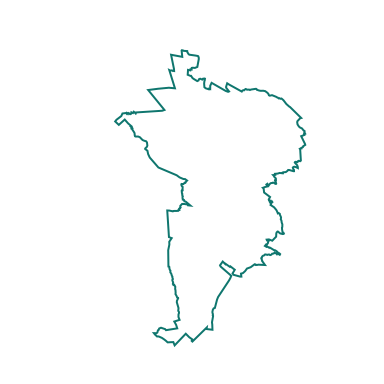 Tulancingo de Bravo, Hidalgo, Mexico, rotated 313°
{"feature_id": "50627088B20237982609440", "entity_name": "Tulancingo de Bravo", "entity_type": "district", "adm_level": 2, "iso_a3": "MEX", "parent_name": "Mexico", "parent_adm1": "Hidalgo", "projection": "equal_earth", "projection_center": [-98.365, 20.132], "detail": "fine", "context": "isolated", "style": "outline", "palette": "teal", "viewbox_px": 384, "rotation_deg": 313, "n_neighbors": 0, "source": "geoboundaries", "source_scale": "gbopen_adm2", "svg_char_len": 6077}
<svg xmlns="http://www.w3.org/2000/svg" viewBox="0 0 384 384"><g transform="rotate(313 192 192)"><path d="M202.0,87.6L199.3,88.5L193.3,87.5L191.2,87.7L191.2,92.7L199.1,93.4L198.6,98.5L198.8,103.3L198.4,103.6L198.1,103.3L198.1,103.9L197.6,103.9L197.1,104.4L197.3,104.7L197.8,104.3L198.0,104.8L197.9,105.2L197.5,105.4L197.1,105.3L196.1,109.3L195.8,109.9L194.3,111.6L193.9,112.3L194.1,112.9L195.9,114.9L196.5,116.5L196.3,120.4L197.0,122.3L197.8,123.8L197.8,124.1L197.5,125.3L195.5,127.7L194.3,128.2L191.9,128.1L191.5,128.5L191.8,131.2L189.8,134.1L188.4,137.6L187.0,150.7L193.8,169.4L194.2,172.9L195.6,176.8L196.7,178.1L197.0,180.6L195.9,180.5L194.2,180.9L193.9,180.3L191.9,180.3L190.8,178.9L190.4,178.9L189.6,179.9L189.4,180.5L189.4,181.6L188.9,182.1L188.2,182.6L187.6,183.3L187.1,183.5L186.7,184.1L186.4,184.0L186.2,183.5L185.9,183.6L184.3,185.4L184.0,186.2L183.8,186.2L182.9,187.2L182.6,188.2L182.0,188.3L180.6,189.8L180.6,190.4L180.2,190.6L180.7,191.6L180.0,192.8L180.4,193.3L180.7,194.3L181.0,200.1L179.5,198.1L179.8,197.6L179.5,196.8L178.1,194.7L176.5,192.9L173.9,192.9L173.1,193.7L172.9,194.1L172.5,193.9L171.9,194.4L171.2,194.0L170.8,194.0L170.1,195.1L169.0,194.3L168.6,194.6L165.8,191.7L165.2,191.2L164.8,191.2L162.9,188.0L161.6,186.5L143.3,205.9L144.4,208.6L140.1,209.3L138.1,211.3L133.2,214.3L121.4,225.6L121.6,226.0L121.8,225.9L121.8,226.4L120.4,228.0L119.8,229.3L119.8,229.8L118.5,230.9L118.1,232.6L117.0,234.4L116.8,235.3L116.1,235.9L115.3,237.4L114.4,237.5L113.9,238.0L113.0,239.9L111.7,240.7L111.6,241.3L111.3,241.8L111.4,242.1L112.0,242.3L111.3,244.4L109.5,245.9L109.0,246.8L106.9,249.0L106.1,249.5L105.5,251.5L104.7,253.1L105.1,254.0L104.9,254.3L102.1,255.2L101.0,256.1L97.9,261.3L95.7,263.0L95.4,264.2L94.7,265.0L93.3,265.6L91.4,267.3L90.0,270.1L85.2,267.4L84.0,271.0L82.2,274.2L73.2,267.2L73.4,265.9L71.6,261.9L69.8,261.1L68.3,261.7L67.6,261.4L65.6,262.5L64.5,262.3L62.8,260.4L62.5,262.2L62.5,265.0L63.6,266.1L64.8,269.5L65.2,272.2L65.4,274.5L65.4,276.7L69.5,280.7L68.0,283.9L84.1,284.1L83.9,289.1L84.4,292.6L82.9,293.3L82.9,294.3L103.0,295.2L101.7,296.1L105.2,300.9L109.0,297.1L110.3,295.5L115.7,292.0L116.0,291.2L116.4,291.1L117.2,290.2L117.5,289.5L118.2,288.7L120.2,287.5L121.7,287.2L122.8,287.8L130.4,283.7L133.0,282.7L152.6,279.4L155.0,278.8L157.5,277.9L157.0,263.8L157.5,262.5L162.1,261.9L162.0,264.6L162.2,264.4L163.1,270.8L163.8,270.8L164.3,276.3L160.1,277.2L159.8,278.9L163.0,285.0L163.8,285.8L165.7,283.5L167.3,284.5L167.8,284.6L170.4,284.8L173.5,284.4L177.0,286.2L181.9,287.1L182.2,287.6L182.0,288.2L182.5,288.5L182.7,289.1L184.2,290.2L188.4,295.2L189.4,290.2L189.7,290.1L190.8,287.8L191.5,288.0L192.1,287.5L193.1,287.3L194.0,287.5L194.9,288.0L196.1,288.0L196.6,288.5L197.4,290.0L197.9,290.2L198.9,291.0L199.1,292.1L199.4,292.4L200.4,292.8L201.5,292.7L202.7,293.7L203.7,293.7L204.3,294.8L204.5,295.6L204.4,296.5L205.3,296.3L205.9,299.0L206.7,298.8L206.7,297.6L206.3,296.6L206.4,294.3L206.1,292.8L206.0,292.5L205.6,292.5L204.5,287.0L203.8,285.6L203.7,285.7L203.4,284.2L202.7,284.0L202.3,282.1L204.2,282.0L204.3,282.7L206.7,282.3L207.3,281.7L208.4,281.5L208.6,280.2L207.8,279.7L208.1,279.1L209.8,280.6L211.1,283.9L216.7,284.0L219.2,281.9L220.1,281.5L221.4,281.5L221.7,281.9L221.8,284.7L223.1,287.0L223.7,287.5L224.2,287.6L224.6,286.6L224.2,285.9L225.9,283.6L227.3,282.1L228.0,281.9L230.0,280.1L230.8,278.5L232.1,276.9L232.6,275.5L233.9,274.7L234.4,274.0L235.4,271.6L235.9,271.1L235.7,269.7L234.9,269.4L236.0,267.0L236.4,265.7L236.8,262.4L236.1,258.3L237.1,258.0L237.5,256.7L239.1,258.0L239.1,258.4L239.5,257.5L239.7,256.8L238.5,255.3L239.1,255.1L238.4,254.0L238.9,253.2L241.6,252.5L240.8,245.1L243.4,242.0L243.4,241.0L245.8,242.2L247.7,243.5L248.2,241.3L249.4,241.5L249.2,242.2L249.4,243.6L251.4,243.4L252.4,243.7L253.4,244.6L254.1,244.8L254.6,245.9L254.8,247.4L255.2,247.9L255.5,247.9L256.1,247.0L257.0,244.8L257.5,244.6L257.9,245.3L259.0,244.2L259.2,243.5L259.2,241.9L259.6,240.9L259.7,239.8L261.3,241.2L261.9,240.3L263.9,242.1L265.7,243.1L267.4,245.4L267.6,245.1L267.9,245.4L268.1,245.1L268.6,245.2L270.5,247.0L272.5,247.4L273.7,247.3L274.4,248.1L276.4,252.0L276.8,252.4L277.7,251.5L277.9,250.3L278.6,249.1L279.4,249.1L280.2,249.5L281.1,251.1L281.7,253.1L282.4,252.4L283.3,250.7L283.6,247.3L283.7,247.0L284.1,246.9L284.9,247.3L285.8,248.8L287.1,248.5L287.5,248.7L288.3,250.1L289.2,250.2L296.9,242.1L297.1,241.4L297.9,241.7L298.5,242.3L298.9,241.9L300.4,242.5L301.2,242.1L303.7,242.7L304.2,241.9L307.3,233.8L310.4,235.3L310.8,234.6L311.8,235.1L311.9,234.9L311.8,234.3L312.2,233.9L311.8,233.8L312.6,233.3L313.4,232.5L313.1,231.7L313.5,229.1L312.8,226.9L312.8,225.5L313.4,223.1L314.8,221.3L315.7,220.8L319.6,220.8L320.6,221.4L321.0,205.7L320.8,205.0L320.7,201.0L321.5,196.2L321.4,193.7L320.5,193.1L320.2,191.9L319.6,191.6L319.5,190.3L319.2,189.7L319.0,188.6L317.4,184.5L315.5,183.2L315.2,182.3L315.8,181.1L316.0,179.6L315.7,176.8L314.6,175.0L312.8,173.2L311.9,171.7L311.0,169.7L311.3,169.0L311.1,168.4L307.2,165.3L306.1,164.8L305.9,164.0L304.3,162.4L304.3,161.8L303.8,160.9L301.8,160.7L301.5,160.1L300.5,159.7L299.4,159.9L295.9,145.9L295.5,143.6L292.0,145.3L291.5,146.1L290.8,150.5L289.9,150.1L288.9,147.7L285.2,131.9L282.1,132.9L279.7,135.1L279.2,134.0L278.6,134.3L277.2,131.3L277.1,129.6L279.6,126.9L282.6,124.7L282.7,124.9L283.7,124.2L283.4,123.6L282.2,122.7L281.2,122.8L280.4,120.7L279.3,120.2L278.0,120.7L276.7,120.2L275.8,115.9L275.7,114.5L276.3,112.2L276.0,112.0L274.8,108.9L278.6,105.8L279.8,107.8L280.7,107.2L281.3,108.2L282.6,107.2L283.4,107.8L284.7,109.5L287.1,110.6L293.7,106.4L294.7,105.5L295.5,104.1L295.5,103.6L294.1,101.4L290.6,96.4L290.5,95.5L291.1,93.2L291.8,92.4L289.6,89.7L289.5,89.1L288.8,87.9L288.4,87.9L284.2,92.7L278.1,83.1L269.7,94.9L268.3,96.4L268.0,95.9L267.5,95.6L267.3,94.4L266.1,93.5L265.7,92.2L256.2,108.8L252.5,104.0L244.4,96.8L236.7,90.4L233.2,115.9L231.1,114.8L212.0,96.8L211.9,97.0L211.0,97.3L211.0,94.7L209.5,95.0L209.0,93.5L208.4,94.1L207.2,94.0L207.1,93.2L206.6,93.2L206.4,91.8L205.3,92.0L205.3,91.4L205.9,91.4L205.4,90.2L204.8,90.4L204.9,90.0L202.0,87.6Z" fill="none" stroke="#0f766e" stroke-width="2"/></g></svg>